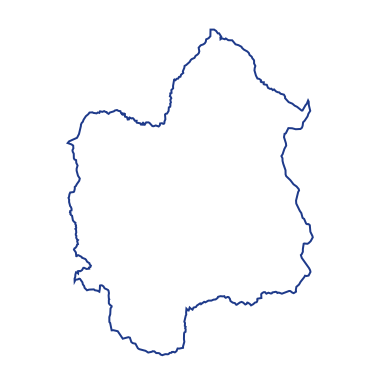 outline of Hacarí, Norte de Santander, Colombia, rotated 356°
{"feature_id": "7082276B96739100690345", "entity_name": "Hacarí", "entity_type": "district", "adm_level": 2, "iso_a3": "COL", "parent_name": "Colombia", "parent_adm1": "Norte de Santander", "projection": "robinson", "projection_center": [-73.084, 8.368], "detail": "fine", "context": "isolated", "style": "outline", "palette": "blue", "viewbox_px": 384, "rotation_deg": 356, "n_neighbors": 0, "source": "geoboundaries", "source_scale": "gbopen_adm2", "svg_char_len": 5949}
<svg xmlns="http://www.w3.org/2000/svg" viewBox="0 0 384 384"><g transform="rotate(356 192 192)"><path d="M288.8,298.7L288.8,296.7L289.5,293.9L292.3,291.8L294.1,289.1L298.0,284.8L298.9,283.4L300.3,283.8L302.5,283.5L304.6,280.0L304.4,278.4L303.5,276.2L296.9,265.4L296.2,262.5L297.1,261.7L298.4,259.4L298.6,256.7L299.8,251.4L300.4,251.2L303.5,251.7L304.7,251.2L306.9,249.4L309.3,245.7L309.1,244.4L307.3,239.9L307.2,233.4L306.1,232.2L304.5,232.1L303.6,231.4L302.0,226.7L300.5,225.5L299.6,220.7L298.2,218.3L295.2,210.8L295.2,207.8L297.9,199.4L298.9,197.9L298.6,196.4L296.7,193.8L293.8,191.4L290.9,187.0L287.1,182.8L286.6,181.1L286.8,176.8L285.0,170.2L284.5,167.3L284.6,164.6L283.7,162.4L285.0,160.7L287.2,155.4L289.2,152.3L289.1,150.0L287.6,143.7L288.4,140.4L289.2,140.3L289.8,139.8L292.6,135.0L296.3,135.4L299.8,136.6L304.6,136.7L306.2,135.5L307.0,133.6L307.7,130.2L309.3,128.8L312.5,124.7L313.6,122.0L315.6,119.3L314.6,113.4L314.7,110.0L314.2,108.8L312.7,111.9L311.3,113.3L307.9,118.4L307.1,118.4L302.8,114.4L300.4,113.0L298.3,110.9L294.7,109.1L291.4,104.9L291.5,103.4L290.5,101.3L287.1,100.1L286.1,98.8L284.4,98.4L282.8,97.5L281.0,95.4L279.7,96.0L278.4,94.5L277.1,94.6L275.1,93.4L274.1,90.3L271.4,89.7L270.9,89.1L271.3,87.6L268.7,87.2L268.3,86.7L268.7,85.6L268.4,85.0L266.6,83.7L265.2,83.4L263.9,80.3L262.8,75.1L263.2,72.7L264.0,70.7L262.9,68.1L263.1,65.4L262.7,64.3L261.6,63.0L261.0,61.2L259.0,59.3L258.4,57.3L257.0,55.7L253.6,53.5L251.9,51.6L251.5,50.6L248.7,48.8L245.7,47.7L242.7,43.5L238.8,43.1L236.4,41.2L235.4,41.9L232.5,40.8L231.1,41.6L231.1,40.0L232.0,40.0L232.1,39.3L230.1,35.6L228.8,35.5L227.3,33.0L225.3,31.5L221.8,31.3L221.2,37.9L219.2,39.8L216.8,40.7L216.2,43.1L215.1,44.6L213.6,45.5L210.9,46.3L208.7,48.5L209.1,52.2L208.4,54.0L207.2,55.2L205.1,56.4L203.8,58.4L201.1,59.4L200.0,60.2L198.7,62.1L195.1,64.9L193.4,65.7L193.0,67.6L191.3,71.0L191.6,72.6L189.3,74.2L188.5,76.2L187.1,76.3L186.1,77.9L184.7,78.0L183.3,79.3L182.4,78.5L182.0,78.7L180.5,84.9L180.4,87.3L178.5,88.9L178.5,91.7L177.2,92.1L177.2,93.5L176.6,94.9L177.6,96.0L177.9,97.0L176.8,98.6L177.2,101.2L176.3,102.6L176.6,103.5L176.2,105.4L174.8,106.0L174.3,109.5L172.6,112.0L171.1,112.2L170.5,112.9L170.5,117.6L169.4,119.9L169.3,121.2L168.8,121.9L168.0,122.0L166.9,121.3L165.0,121.4L164.5,123.3L163.3,124.3L160.5,123.1L158.3,123.7L157.1,123.5L154.4,120.1L153.4,119.5L151.1,119.4L149.5,121.6L148.9,121.4L148.8,120.3L148.0,119.5L147.3,120.1L147.7,121.4L145.8,121.2L145.0,119.8L141.8,119.0L141.4,118.3L141.7,117.1L139.9,116.9L138.9,115.0L138.1,114.2L136.8,114.4L134.9,113.3L134.5,113.6L134.6,114.4L134.1,115.2L132.9,115.2L132.4,112.9L130.4,112.1L130.5,109.4L129.7,109.0L129.0,110.1L128.3,110.1L127.5,109.5L127.7,108.5L126.7,108.2L126.2,106.4L124.2,105.9L122.9,105.0L120.8,105.3L119.6,106.1L115.6,107.0L114.3,108.2L112.9,107.3L112.4,106.3L111.4,106.1L110.0,105.2L108.2,105.8L105.9,105.1L105.1,106.6L103.7,106.1L102.3,106.9L99.1,106.2L98.3,105.6L95.3,105.6L94.0,107.1L91.4,109.0L88.9,112.3L88.0,114.3L86.8,115.4L85.9,117.1L85.8,118.3L83.3,126.3L81.1,129.9L72.9,132.9L71.4,134.5L75.1,136.1L76.7,137.4L76.7,140.2L75.7,141.9L75.8,143.4L76.7,145.5L76.5,150.1L77.1,151.4L78.6,152.1L78.6,154.9L79.7,157.6L78.5,160.8L78.4,162.8L79.4,167.8L81.0,170.7L80.3,172.9L77.3,176.6L76.8,177.7L75.4,178.8L75.3,180.7L74.4,183.4L73.6,183.8L70.5,184.0L69.6,185.7L68.9,188.6L68.4,189.2L68.9,191.0L68.7,193.5L69.5,197.6L70.3,198.8L70.7,200.6L70.5,202.0L69.2,202.4L68.8,203.8L69.5,204.6L69.1,205.5L69.7,206.5L70.7,207.4L71.2,211.9L72.0,213.2L73.6,214.6L73.3,215.7L74.0,217.2L73.7,218.2L74.0,219.0L73.9,220.0L73.1,220.7L73.7,221.5L73.7,222.9L73.7,224.5L73.1,225.8L73.1,226.8L73.6,227.6L73.3,229.6L74.1,231.4L74.9,232.0L74.0,233.0L74.6,236.1L73.7,236.5L73.0,238.3L71.9,239.5L70.8,240.1L70.2,241.3L71.9,244.1L72.1,247.9L72.5,248.0L73.4,247.1L74.2,247.1L77.3,249.0L77.7,249.9L80.7,251.3L81.5,252.1L82.5,254.2L84.7,255.9L85.0,257.3L86.0,258.4L85.4,259.7L84.0,260.2L84.1,261.3L81.4,261.4L79.1,260.1L78.3,260.1L76.9,262.2L75.2,263.2L73.8,262.9L72.5,263.1L72.4,263.6L72.9,264.1L72.7,265.3L71.7,264.3L70.7,264.0L69.9,266.3L69.6,268.5L68.8,270.3L68.7,273.0L69.7,271.4L72.1,271.2L73.4,270.6L74.2,270.9L76.4,274.5L76.7,276.6L77.8,278.2L78.2,280.2L80.4,282.7L82.6,282.2L87.3,282.3L88.2,283.2L90.9,283.9L92.6,285.0L93.3,282.2L93.7,278.9L94.8,278.7L95.9,279.0L97.1,280.0L98.1,282.0L101.3,283.8L101.8,284.6L102.1,287.1L101.6,289.2L101.6,292.3L102.0,293.3L101.5,293.9L101.3,297.2L102.0,298.5L103.9,300.3L103.7,301.1L102.6,302.4L101.9,308.3L100.8,311.0L100.5,315.9L101.2,316.9L102.2,324.4L104.0,324.4L108.2,325.7L112.7,333.5L118.4,332.4L119.9,333.0L121.0,337.4L122.3,338.6L125.0,339.4L127.1,344.1L128.4,345.1L134.6,347.2L137.1,349.1L140.7,348.6L141.6,348.1L143.4,348.4L145.1,350.2L147.7,350.4L148.8,351.1L149.2,351.9L151.0,352.7L154.0,351.9L156.6,352.2L157.4,352.0L158.4,351.0L160.3,350.9L160.8,350.2L162.3,350.2L163.7,350.8L165.4,349.7L166.7,347.1L168.5,347.3L172.2,346.8L172.3,345.4L173.9,340.9L173.7,338.1L174.2,332.8L174.6,331.6L175.8,331.0L176.1,328.3L175.6,327.3L176.3,326.1L175.5,325.1L175.9,322.2L175.3,320.9L177.1,315.0L177.7,314.0L177.7,311.9L178.3,308.0L179.9,309.9L180.4,310.0L181.6,307.1L182.7,308.3L184.3,309.4L185.5,307.4L187.9,307.0L189.0,305.6L192.3,303.7L192.8,303.7L193.2,304.5L196.5,302.4L197.6,303.0L200.8,301.5L203.7,301.7L206.0,300.9L208.1,300.8L210.1,299.5L210.7,298.4L213.1,297.9L215.6,298.3L217.0,298.2L217.5,299.3L218.3,299.9L220.1,299.2L221.2,299.4L222.3,301.1L222.8,303.5L224.9,305.2L227.0,305.8L228.2,307.5L228.7,307.6L232.0,305.6L233.8,305.1L235.2,305.8L237.3,307.9L238.6,307.5L239.4,306.2L239.8,306.2L241.8,307.6L243.0,309.2L245.2,308.2L247.1,306.7L248.8,306.4L249.7,304.9L249.6,303.5L249.9,303.0L253.8,302.6L253.9,298.9L254.3,298.2L256.3,297.0L257.8,297.0L259.1,298.6L261.2,297.8L263.7,298.8L264.6,298.6L265.2,297.8L268.7,297.4L269.7,297.9L270.1,298.7L271.6,298.4L274.6,299.7L282.0,297.5L283.2,297.7L285.1,299.4L286.4,300.0L288.8,298.7Z" fill="none" stroke="#1e3a8a" stroke-width="2"/></g></svg>